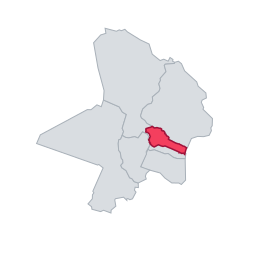 Benin and the surrounding countries, rotated 294°
{"feature_id": "BEN", "entity_name": "Benin", "entity_type": "country or territory", "adm_level": 0, "iso_a3": "BEN", "parent_name": "Africa", "parent_adm1": "", "projection": "natural_earth1", "projection_center": [2.346, 9.3], "detail": "fine", "context": "with_neighbors", "style": "filled", "palette": "rose", "viewbox_px": 256, "rotation_deg": 294, "n_neighbors": 6, "source": "natural_earth", "source_scale": "50m", "svg_char_len": 4865}
<svg xmlns="http://www.w3.org/2000/svg" viewBox="0 0 256 256"><g transform="rotate(294 128 128)"><path d="M43.4,147.0L42.9,139.1L40.5,137.0L39.1,128.1L41.3,126.7L42.4,122.3L48.8,124.2L52.5,122.7L54.9,123.2L55.9,121.6L81.4,121.5L82.8,116.2L81.8,115.3L76.6,50.8L86.1,50.7L128.2,83.3L129.7,86.8L136.5,90.2L136.6,94.9L143.6,94.2L143.7,111.4L140.2,116.4L139.7,121.0L125.4,122.8L123.0,125.4L114.9,125.8L113.3,124.3L109.8,125.4L103.8,128.5L102.6,130.8L97.6,134.2L96.7,136.1L94.1,137.6L91.0,136.6L89.2,138.4L88.3,143.5L83.2,149.7L83.3,152.2L81.5,155.4L81.9,159.7L77.8,161.7L76.8,158.6L73.8,159.2L72.7,161.4L65.1,160.9L63.2,158.8L63.5,156.6L62.8,155.7L61.4,156.4L63.0,152.1L58.3,145.3L57.0,145.1L51.6,148.7L46.1,146.0L43.4,147.0Z" fill="#d9dde1" stroke="#a8b0b8" stroke-width="1"/><path d="M209.8,66.5L211.7,78.1L214.1,80.1L214.2,82.4L216.9,85.0L215.6,88.2L213.5,103.4L213.3,113.1L205.3,120.1L202.7,129.9L205.4,132.7L205.4,137.5L209.5,137.7L208.9,141.2L207.1,141.6L207.0,144.0L205.8,144.1L201.4,136.0L199.9,135.7L194.9,139.8L186.5,137.2L184.7,138.3L181.0,138.1L177.2,141.2L174.0,141.4L166.3,137.6L163.2,139.4L160.0,139.3L157.6,136.4L151.2,133.7L144.3,134.5L142.7,136.2L141.8,140.4L140.0,143.4L139.5,150.1L134.7,145.8L132.4,145.8L130.2,148.0L130.4,142.9L123.0,141.2L122.8,137.6L119.3,132.7L118.4,129.4L118.9,125.7L123.0,125.4L125.4,122.8L139.7,121.0L140.2,116.4L143.7,111.4L143.6,94.2L152.5,90.9L170.6,76.2L191.9,61.9L201.9,65.2L205.5,69.3L209.8,66.5Z" fill="#d9dde1" stroke="#a8b0b8" stroke-width="1"/><path d="M133.7,190.3L133.9,173.6L135.1,168.9L140.2,162.0L139.5,160.0L140.7,157.0L139.3,152.6L140.0,143.4L141.8,140.4L142.7,136.2L144.3,134.5L151.2,133.7L157.6,136.4L160.0,139.3L163.2,139.4L166.3,137.6L174.0,141.4L177.2,141.2L181.0,138.1L184.7,138.3L186.5,137.2L194.9,139.8L199.9,135.7L201.4,136.0L205.8,144.1L207.0,144.0L209.5,146.9L208.5,150.7L203.2,156.5L198.1,172.0L194.7,175.1L191.7,184.9L187.3,187.4L183.7,184.4L181.3,184.5L177.5,188.8L175.6,188.9L171.0,201.3L164.3,204.0L161.9,203.6L159.4,205.3L154.3,205.1L150.8,200.5L148.7,195.1L144.2,190.2L133.7,190.3Z" fill="#d9dde1" stroke="#a8b0b8" stroke-width="1"/><path d="M122.2,155.0L121.4,159.0L125.6,163.8L125.8,167.4L127.1,168.9L126.8,186.0L128.4,191.2L123.2,192.7L120.1,185.4L119.6,181.7L121.0,175.0L119.4,172.3L118.8,161.0L116.2,157.2L116.6,154.9L122.2,155.0Z" fill="#d9dde1" stroke="#a8b0b8" stroke-width="1"/><path d="M116.6,154.9L116.2,157.2L118.8,161.0L119.4,172.3L121.0,175.0L119.6,181.7L120.1,185.4L123.2,192.7L103.8,201.8L98.1,199.7L98.4,196.8L95.6,190.4L97.3,182.0L100.0,175.7L97.5,159.5L97.7,155.3L116.6,154.9Z" fill="#d9dde1" stroke="#a8b0b8" stroke-width="1"/><path d="M81.9,159.7L81.5,155.4L83.3,152.2L83.2,149.7L88.3,143.5L89.2,138.4L91.0,136.6L94.1,137.6L96.7,136.1L97.6,134.2L102.6,130.8L103.8,128.5L109.8,125.4L113.3,124.3L114.9,125.8L118.9,125.7L118.4,129.4L119.3,132.7L122.8,137.6L123.0,141.2L130.4,142.9L130.2,148.0L128.8,150.2L125.7,150.9L124.4,154.2L122.2,155.0L113.7,154.3L111.6,155.5L97.7,155.3L98.4,165.1L94.0,163.2L91.0,163.5L88.8,165.4L81.9,159.7Z" fill="#d9dde1" stroke="#a8b0b8" stroke-width="1"/><path d="M126.8,190.6L126.8,190.3L127.8,190.0L127.6,189.0L126.9,187.9L126.7,187.7L126.5,187.1L126.7,186.7L126.6,185.7L126.2,184.8L126.8,184.8L126.8,182.0L126.8,179.4L126.8,177.1L126.8,175.3L126.7,173.2L126.7,171.6L126.7,169.5L126.5,168.9L125.6,167.8L125.3,167.2L125.3,166.5L125.1,165.7L125.1,164.3L125.1,162.7L124.0,161.7L122.6,160.7L121.5,159.8L121.3,159.6L121.5,157.2L121.7,156.9L122.1,155.9L122.2,155.1L122.4,155.1L122.6,154.8L122.8,154.4L123.0,154.5L123.3,154.6L123.4,154.4L123.4,154.1L123.5,153.8L123.7,153.7L123.8,153.4L123.8,153.1L124.0,153.1L124.4,153.1L124.7,153.0L124.9,152.8L125.2,152.2L125.4,152.0L125.4,151.8L125.6,151.7L126.1,151.6L126.5,151.7L126.7,152.0L128.3,151.7L129.1,151.9L130.7,150.3L131.1,149.9L131.6,148.8L131.7,148.3L131.9,147.6L131.6,146.2L131.6,145.9L132.3,145.6L133.1,145.4L133.4,145.4L133.6,145.2L133.9,144.9L134.4,144.7L134.7,144.8L134.9,144.8L136.6,146.7L137.3,147.6L137.6,148.1L137.9,148.5L138.5,148.7L139.0,149.1L139.4,149.8L139.2,150.3L138.8,151.3L138.8,152.1L139.7,153.7L139.8,153.9L140.1,154.1L140.2,154.4L140.3,155.2L140.4,156.1L140.5,156.7L140.9,157.6L141.0,157.9L140.7,159.2L140.6,159.3L140.0,159.3L139.8,159.4L139.5,159.8L139.3,160.3L139.3,160.5L139.8,161.3L139.5,162.4L139.2,163.1L138.7,163.6L138.2,163.7L137.9,163.8L137.7,164.1L137.8,164.9L137.1,165.7L136.7,166.2L136.5,166.5L136.6,167.5L136.4,168.5L135.9,169.3L135.0,169.4L134.2,169.5L133.9,171.5L134.0,172.8L133.9,174.1L133.8,174.6L133.8,175.3L133.7,177.0L133.6,178.3L133.8,178.6L133.9,179.4L133.9,180.2L134.1,180.7L134.3,181.2L134.3,181.5L134.2,181.6L134.1,181.8L134.1,183.7L134.1,184.3L134.0,184.6L133.9,184.9L133.9,185.9L134.1,186.5L134.2,186.9L134.1,187.3L134.0,187.8L133.8,189.0L133.8,189.5L131.1,189.8L128.1,190.3L126.8,190.6Z" fill="#f43f5e" stroke="#9f1239" stroke-width="1.5"/></g></svg>